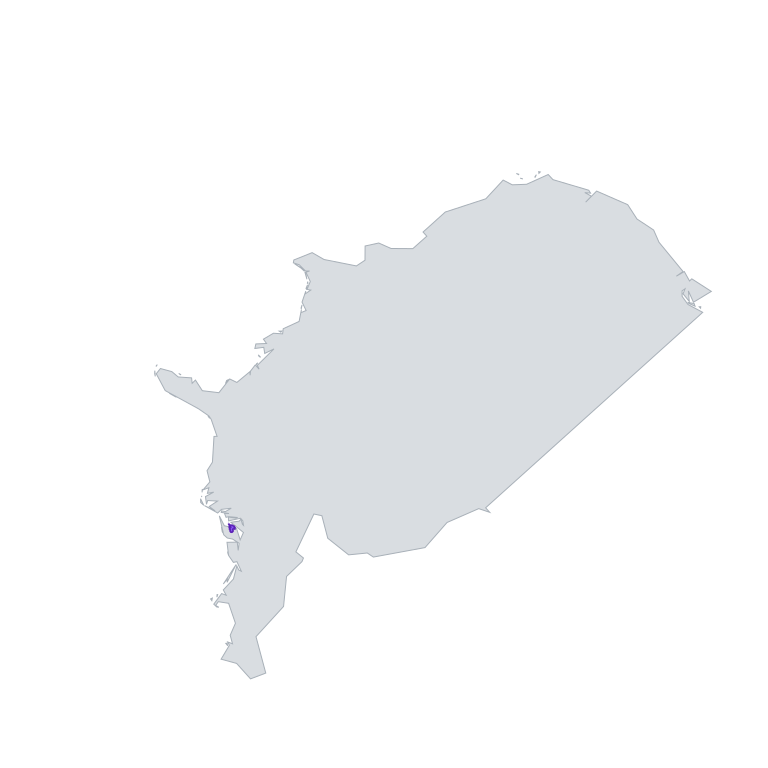 location of Dorchester, Maryland, United States of America, rotated 138°
{"feature_id": "52423323B10442929932087", "entity_name": "Dorchester", "entity_type": "district", "adm_level": 2, "iso_a3": "USA", "parent_name": "United States of America", "parent_adm1": "Maryland", "projection": "mercator", "projection_center": [-76.061, 38.409], "detail": "fine", "context": "in_parent", "style": "filled", "palette": "violet", "viewbox_px": 768, "rotation_deg": 138, "n_neighbors": 0, "source": "geoboundaries", "source_scale": "gbopen_adm2", "svg_char_len": 5391}
<svg xmlns="http://www.w3.org/2000/svg" viewBox="0 0 768 768"><g transform="rotate(138 384 384)"><path d="M607.5,285.9L648.2,281.9L665.3,248.3L680.5,254.2L680.5,275.0L689.2,288.5L673.7,293.3L672.8,296.9L670.4,292.3L666.4,300.2L654.5,305.6L646.2,325.0L652.8,333.1L657.3,332.1L656.1,328.6L657.5,330.2L657.8,334.3L644.9,336.9L642.6,332.6L641.2,338.5L626.4,339.8L615.1,347.3L616.4,343.0L615.3,340.3L612.2,350.4L615.3,352.2L614.2,360.6L606.6,371.4L598.9,364.7L603.7,357.9L598.2,362.6L600.3,370.1L603.5,374.4L604.0,379.2L594.6,396.2L597.5,385.5L590.3,375.3L595.2,364.4L587.8,367.7L590.3,383.7L583.3,378.9L580.8,379.4L583.1,374.4L583.0,372.9L580.5,376.8L580.4,380.2L591.1,386.3L588.7,389.2L583.9,383.6L582.1,382.7L588.1,389.3L590.6,390.6L589.1,394.6L585.9,391.5L590.9,397.5L589.6,398.4L587.2,395.3L580.6,393.9L588.7,399.6L593.9,399.4L598.8,413.8L594.4,402.7L595.8,409.9L586.1,408.4L593.0,415.4L596.4,413.4L592.0,419.8L582.9,417.6L588.4,420.9L583.6,424.1L589.2,426.4L578.9,427.8L573.5,438.0L563.8,440.7L545.4,458.8L543.1,456.8L536.1,473.3L535.5,477.3L538.4,489.6L551.0,525.5L546.4,544.0L539.8,545.1L533.4,535.2L532.2,526.9L522.9,517.3L526.1,512.9L521.5,513.1L523.5,500.6L512.5,488.0L495.3,491.0L492.3,483.6L475.4,482.9L477.6,480.1L474.6,482.9L466.9,484.3L466.9,478.6L465.6,482.6L442.3,483.7L452.2,486.5L448.8,491.7L456.2,496.8L452.4,499.5L444.2,492.7L443.6,498.0L432.2,495.7L425.8,489.1L421.9,492.5L405.2,487.3L395.5,494.6L398.0,492.6L392.7,490.7L390.1,499.7L379.9,505.4L382.3,503.7L375.6,502.8L377.9,505.8L370.2,509.5L367.2,519.3L363.7,517.8L366.7,520.4L367.2,529.3L370.3,534.7L368.0,536.5L349.5,529.7L345.3,516.7L325.5,490.2L315.3,488.7L305.7,499.2L293.6,492.3L288.1,480.0L272.0,465.3L253.3,465.2L253.3,470.8L223.4,470.8L184.4,453.5L159.0,455.8L155.4,446.2L144.4,437.0L121.8,429.8L121.7,422.8L102.2,391.0L102.8,387.6L106.7,391.9L104.2,384.8L112.5,384.2L96.9,385.1L82.9,354.2L85.6,337.3L80.6,318.0L84.8,305.3L86.5,267.5L94.6,268.5L85.6,266.6L88.0,256.1L84.9,256.2L78.8,233.8L99.3,237.7L95.5,249.5L101.9,241.1L101.4,250.9L96.6,253.3L100.1,253.8L103.8,249.7L104.9,239.7L99.2,224.0L391.3,224.0L391.3,217.9L397.0,228.0L429.8,238.9L463.0,235.0L507.7,262.5L509.5,269.6L524.6,280.7L529.0,307.0L518.3,327.7L523.1,334.3L561.8,318.2L560.3,308.6L563.8,306.9L585.2,306.2L607.5,285.9ZM630.8,344.0L637.2,342.9L614.7,348.8L633.3,341.6L630.8,344.0ZM100.8,233.7L103.6,240.1L103.4,241.0L99.7,236.3L100.8,233.7ZM370.0,533.1L367.6,525.3L367.7,520.9L368.1,525.6L370.0,533.1ZM675.3,294.0L675.1,297.1L674.1,296.4L675.3,294.0ZM426.0,491.5L426.5,493.4L424.6,491.8L426.0,491.5ZM130.7,437.6L133.2,436.5L133.4,436.9L130.7,437.6ZM127.9,436.9L126.9,438.3L126.0,437.0L127.9,436.9ZM650.8,337.4L649.0,339.2L648.5,338.8L650.8,337.4ZM369.2,516.8L367.8,520.3L371.2,513.4L369.2,516.8ZM547.4,513.7L549.8,520.8L546.9,513.1L547.4,513.7ZM143.9,443.9L145.1,445.9L143.8,444.0L143.9,443.9ZM547.5,545.1L545.4,547.3L548.9,542.7L547.5,545.1ZM599.5,418.6L597.1,421.5L599.1,414.4L599.5,418.6ZM98.0,228.5L98.1,230.4L96.9,229.5L98.0,228.5ZM378.0,507.2L374.4,508.9L378.1,506.7L378.0,507.2ZM656.9,338.2L656.7,340.3L654.8,339.8L656.9,338.2ZM143.9,449.5L144.8,451.9L143.5,449.7L143.9,449.5ZM373.5,510.2L372.1,511.1L373.3,509.7L373.5,510.2ZM603.0,382.5L600.4,386.6L603.4,380.9L603.0,382.5ZM394.4,496.2L392.0,497.6L395.4,495.1L394.4,496.2ZM536.6,475.2L536.1,478.2L535.9,476.1L536.6,475.2ZM590.1,426.9L589.2,427.5L591.7,425.2L590.1,426.9ZM501.5,490.4L498.6,491.9L497.5,491.6L501.5,490.4ZM465.8,483.8L465.3,484.3L463.6,484.2L465.8,483.8ZM529.1,527.2L529.5,529.2L528.6,526.7L529.1,527.2ZM458.4,487.9L457.9,489.8L457.8,486.4L458.4,487.9ZM541.1,549.9L539.5,550.1L541.7,549.5L541.1,549.9ZM613.6,362.1L612.4,364.2L613.9,361.2L613.6,362.1ZM595.3,422.1L594.2,422.8L595.3,422.1Z" fill="#d9dde1" stroke="#a8b0b8" stroke-width="1"/><path d="M594.4,375.8L594.3,376.2L594.0,376.5L594.0,376.9L593.6,377.2L593.6,377.3L593.4,377.4L593.0,377.1L592.9,377.0L592.7,377.0L592.5,376.9L592.4,376.8L592.1,376.8L592.1,376.7L592.1,376.4L591.8,376.5L591.7,376.7L591.4,376.6L591.4,376.4L591.3,376.5L591.1,376.6L590.9,376.7L591.0,376.8L590.8,377.1L590.6,377.2L590.8,377.2L590.9,377.4L590.9,377.5L591.0,377.8L591.2,377.6L591.3,377.7L591.3,377.8L591.2,377.9L591.1,378.1L590.9,378.2L590.5,378.2L590.4,378.2L590.3,378.3L590.4,378.5L590.5,378.7L590.7,379.0L590.9,379.3L590.9,379.5L591.0,379.9L591.2,380.0L591.1,380.3L591.1,380.5L591.4,380.6L591.5,380.7L591.6,380.8L591.7,381.0L591.8,381.2L591.9,381.4L592.1,381.6L592.3,381.8L592.5,381.7L592.8,381.5L593.1,381.5L593.2,381.9L593.5,382.0L593.5,381.8L593.4,381.7L593.6,381.1L593.3,380.8L593.3,380.7L593.5,380.6L593.7,380.4L593.8,380.2L593.7,380.1L593.8,379.9L594.1,380.0L594.3,380.3L594.2,380.6L593.8,380.7L593.7,380.8L593.8,380.8L594.0,381.1L594.0,381.3L594.2,381.5L594.2,381.8L594.4,381.7L594.5,381.6L594.4,381.6L594.3,381.4L594.5,381.3L594.5,380.9L594.6,380.6L594.8,380.3L595.0,380.2L595.3,380.1L595.3,379.8L595.6,379.7L595.4,379.5L595.5,379.2L595.8,379.0L595.6,378.9L595.8,378.6L595.8,378.4L596.0,378.3L596.4,378.0L596.5,377.8L596.6,377.7L596.8,377.6L597.0,377.4L597.0,377.0L597.0,376.9L597.0,376.6L597.0,376.3L596.4,375.7L596.0,375.8L596.0,375.5L595.6,375.4L595.3,375.5L595.2,375.6L594.9,375.5L594.5,375.8L594.4,375.8ZM593.5,382.9L593.5,382.6L593.3,382.2L593.1,382.2L592.9,382.3L592.9,382.9L592.9,383.0L592.9,383.4L593.0,383.3L593.2,383.2L593.3,383.2L593.4,383.3L593.5,382.9Z" fill="#8b5cf6" stroke="#5b21b6" stroke-width="1.5"/></g></svg>